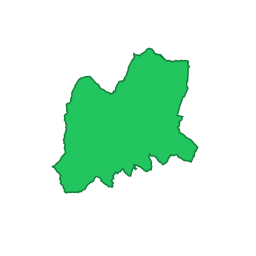 the district of Slatioara, Vâlcea, Romania, rotated 134°
{"feature_id": "2599482B39717534471231", "entity_name": "Slatioara", "entity_type": "district", "adm_level": 2, "iso_a3": "ROU", "parent_name": "Romania", "parent_adm1": "Vâlcea", "projection": "equal_earth", "projection_center": [23.883, 45.127], "detail": "fine", "context": "isolated", "style": "filled", "palette": "green", "viewbox_px": 256, "rotation_deg": 134, "n_neighbors": 0, "source": "geoboundaries", "source_scale": "gbopen_adm2", "svg_char_len": 5819}
<svg xmlns="http://www.w3.org/2000/svg" viewBox="0 0 256 256"><g transform="rotate(134 128 128)"><path d="M123.8,195.8L124.8,196.2L125.2,196.7L126.2,196.7L127.1,197.0L128.1,196.6L130.7,196.3L132.4,195.7L134.5,195.4L135.4,194.6L138.1,194.0L140.9,193.1L142.3,192.3L143.0,191.3L144.0,190.5L146.6,189.6L148.0,188.3L148.2,187.6L150.7,187.4L151.8,187.8L151.9,188.4L153.8,188.8L154.4,187.8L155.5,186.9L156.6,185.3L158.1,184.0L158.7,182.7L159.6,182.0L160.2,181.9L162.1,182.5L163.2,182.3L163.6,182.0L164.5,180.5L166.5,179.2L166.4,178.8L166.8,177.3L167.8,176.1L168.3,175.0L169.1,174.0L170.6,173.3L170.9,172.8L170.9,172.6L171.2,171.9L172.1,171.5L173.4,170.3L174.1,170.3L175.4,169.4L177.2,169.0L177.5,168.1L177.8,168.0L178.4,167.5L180.1,166.3L180.5,166.5L181.3,166.3L182.1,164.5L183.5,163.5L183.4,162.1L183.7,161.2L184.3,161.2L185.7,160.5L186.0,160.1L186.4,159.2L186.5,159.2L186.5,159.6L186.9,159.6L187.5,158.1L189.2,155.7L194.6,155.5L196.8,155.0L198.5,154.3L199.5,154.3L201.9,154.4L203.4,154.9L203.6,154.6L204.8,154.4L207.1,155.0L208.0,155.5L208.3,155.5L207.6,152.9L208.6,148.9L208.6,147.2L208.4,146.2L208.6,144.9L209.1,144.2L208.9,143.3L209.7,143.0L210.7,142.3L211.9,141.9L211.9,141.3L212.2,140.8L212.6,140.5L212.6,140.0L212.7,139.6L213.2,138.6L214.5,138.5L214.9,136.7L214.9,136.3L214.6,135.7L214.7,134.4L215.1,133.8L215.9,133.0L216.1,131.9L216.0,131.1L216.2,130.7L217.1,130.6L217.5,130.0L217.5,129.1L217.9,128.8L217.6,127.3L216.7,127.3L215.0,125.4L212.6,123.3L210.8,121.2L209.3,120.1L209.0,118.9L208.7,118.8L208.4,118.9L207.9,118.7L207.4,118.9L206.8,118.3L206.4,117.6L206.1,117.6L205.9,117.3L205.5,117.6L204.2,117.5L202.1,116.4L198.1,117.5L196.6,117.6L194.0,117.3L190.5,116.1L188.6,116.6L187.2,117.3L185.1,117.5L184.4,116.4L183.4,113.7L183.6,110.9L184.7,110.9L184.7,110.7L184.3,106.0L183.5,102.3L183.6,101.0L183.4,100.7L182.7,100.3L181.8,99.4L181.7,98.5L181.9,97.9L181.3,98.5L180.0,98.7L179.9,99.1L179.7,100.1L179.4,100.6L178.0,100.2L177.7,101.4L177.6,102.8L177.4,103.4L174.2,103.3L172.9,105.2L173.1,105.7L169.9,105.5L169.7,106.2L168.1,106.1L168.2,104.6L167.6,104.4L167.8,103.9L166.1,104.0L164.9,103.5L164.7,103.2L163.7,103.5L163.3,103.3L161.5,103.7L160.9,103.4L161.1,102.6L161.4,102.0L162.0,99.6L161.9,99.0L162.3,98.0L162.2,97.7L161.9,97.4L161.8,96.5L162.1,94.7L161.1,93.3L160.6,92.8L157.1,94.9L153.4,96.7L153.0,96.4L152.7,95.9L152.5,93.8L151.5,93.6L151.5,94.5L151.7,95.9L150.1,96.5L150.9,97.8L150.1,98.3L148.5,95.0L148.0,93.7L148.1,93.3L147.8,93.0L147.2,91.7L147.2,91.0L147.4,89.9L147.1,89.2L147.0,88.3L147.2,86.9L147.1,86.3L146.5,84.7L146.2,84.2L145.1,83.8L142.6,83.8L142.3,83.3L142.3,82.4L141.7,82.6L140.0,83.6L139.0,84.6L137.8,86.3L137.0,86.8L136.2,87.7L135.3,89.7L135.0,90.9L134.9,91.7L134.6,92.4L133.7,93.3L132.0,94.5L131.8,94.0L131.8,93.4L132.2,92.2L130.2,89.8L129.8,89.1L129.9,88.5L129.6,86.8L129.7,86.5L130.1,86.0L129.9,85.0L129.9,84.7L130.5,83.8L130.6,83.4L130.4,82.6L129.8,81.6L129.9,81.3L130.4,81.2L130.0,80.4L129.8,79.4L130.3,77.6L130.1,77.4L127.7,76.8L127.4,76.8L126.6,76.4L125.1,76.7L124.6,76.6L123.9,76.8L122.0,77.9L121.4,77.8L121.1,78.1L120.4,78.0L120.2,78.2L118.8,78.3L118.3,77.9L117.9,78.4L115.6,75.6L113.5,75.0L113.2,74.6L113.0,73.9L113.7,73.0L113.9,71.7L113.6,70.3L112.9,69.0L112.5,65.3L111.8,64.4L111.5,63.8L110.3,62.7L108.6,59.0L104.7,60.4L102.9,61.4L102.4,60.8L99.3,63.0L97.9,63.5L97.6,63.1L93.4,64.5L93.7,65.0L93.3,67.1L93.4,70.3L93.0,71.5L92.9,74.5L94.4,79.6L94.1,81.9L94.5,83.8L94.5,85.0L95.3,86.5L95.7,87.4L94.9,87.7L94.8,88.6L94.2,89.4L93.4,90.0L93.3,90.7L93.7,91.5L93.0,93.0L91.7,92.4L90.9,92.6L89.6,93.4L89.1,94.3L88.0,94.7L88.1,95.1L87.8,95.3L87.6,95.8L84.7,95.0L83.9,95.6L83.3,96.4L81.9,96.5L84.8,101.4L79.2,104.2L79.3,104.6L67.1,110.2L66.6,109.3L57.8,112.5L57.5,112.9L57.4,114.0L56.5,115.7L53.3,118.1L52.9,117.7L46.7,123.0L43.5,126.1L41.3,126.4L41.1,126.9L41.2,128.5L40.7,129.0L40.8,129.6L40.5,129.9L39.9,129.6L39.7,129.8L39.6,130.4L38.7,130.4L38.1,130.8L38.8,132.3L39.1,132.5L40.0,133.8L41.7,135.3L42.5,136.8L42.9,136.9L43.6,136.8L44.3,137.3L44.4,137.8L44.7,138.3L45.1,138.8L45.4,138.8L45.5,139.3L46.0,139.7L46.2,140.6L47.9,140.8L48.4,141.3L48.5,141.6L48.8,141.8L48.9,142.0L49.3,141.9L49.4,142.4L49.7,142.6L49.8,143.0L50.1,143.0L50.2,143.3L50.7,143.8L50.8,144.2L50.6,144.6L51.1,145.0L50.9,145.3L51.9,146.0L52.2,146.6L53.0,146.9L52.9,147.9L53.2,148.5L52.9,149.2L52.9,149.7L53.2,150.0L53.3,150.7L53.0,150.9L53.2,151.2L53.3,151.8L53.3,152.3L53.0,152.5L53.3,152.7L53.0,153.0L53.3,153.4L53.0,153.6L53.2,153.9L53.2,154.2L52.6,154.9L53.2,155.1L53.1,155.5L53.6,155.6L53.5,156.0L53.7,156.9L54.0,157.5L54.6,157.7L54.9,158.1L55.2,158.3L55.1,158.6L55.4,158.7L55.2,159.5L55.4,159.7L55.6,160.2L55.8,161.3L55.6,161.5L55.7,161.8L55.5,162.0L55.6,162.3L55.2,162.5L55.2,162.8L54.9,163.1L55.1,164.6L54.7,165.1L54.9,165.5L54.8,165.8L55.7,167.0L55.8,167.9L58.1,169.0L59.1,169.0L60.4,168.5L62.2,169.0L63.2,169.1L65.8,169.9L66.8,169.6L68.0,169.7L67.9,170.7L68.4,171.4L69.1,171.9L69.5,172.5L70.1,173.6L70.5,175.3L71.1,174.6L71.8,174.0L72.2,173.3L72.4,172.5L72.6,172.4L74.3,172.1L75.8,172.2L83.6,169.9L84.5,169.5L85.0,168.7L85.6,168.7L86.1,168.1L88.9,167.1L90.6,165.8L94.4,165.2L95.3,164.9L95.7,164.5L97.1,164.3L96.6,164.0L97.9,164.0L98.1,164.4L98.7,164.5L98.4,164.8L99.8,166.1L100.8,166.5L101.6,166.5L102.3,166.0L104.0,166.0L105.2,165.4L106.1,165.2L106.7,164.7L107.5,164.8L108.4,164.0L109.2,163.6L109.5,163.1L110.3,162.9L111.3,162.7L111.2,163.7L113.3,163.4L113.3,163.0L114.0,163.0L114.5,163.4L114.9,163.4L115.0,163.7L114.9,163.9L115.4,164.1L115.7,164.6L115.6,165.6L115.8,166.5L117.2,168.5L117.2,169.9L117.4,170.4L117.3,171.3L117.4,172.2L118.3,173.8L118.5,174.5L118.3,177.0L117.7,178.2L117.5,179.0L117.5,180.1L118.2,182.3L117.9,183.5L117.9,185.5L117.5,186.7L117.7,189.0L117.4,190.1L117.3,190.8L117.7,191.3L120.4,194.0L122.7,195.2L123.3,195.3L123.8,195.8Z" fill="#22c55e" stroke="#15803d" stroke-width="1.5"/></g></svg>